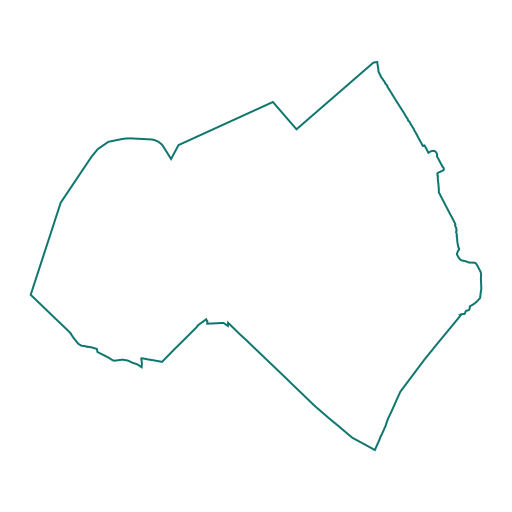 the district of Harderwijk, Gelderland, Netherlands
{"feature_id": "6326949B59221460076915", "entity_name": "Harderwijk", "entity_type": "district", "adm_level": 2, "iso_a3": "NLD", "parent_name": "Netherlands", "parent_adm1": "Gelderland", "projection": "albers", "projection_center": [5.663, 52.34], "detail": "fine", "context": "isolated", "style": "outline", "palette": "teal", "viewbox_px": 512, "rotation_deg": 0, "n_neighbors": 0, "source": "geoboundaries", "source_scale": "gbopen_adm2", "svg_char_len": 5824}
<svg xmlns="http://www.w3.org/2000/svg" viewBox="0 0 512 512"><path d="M30.7,294.8L54.9,318.1L61.1,324.0L67.8,330.4L70.0,332.6L70.9,333.6L71.0,333.8L70.9,334.0L72.4,336.1L73.4,337.7L73.8,338.2L74.7,339.3L77.3,342.6L78.3,343.8L80.9,345.4L81.2,345.6L81.9,345.8L82.3,345.9L82.7,345.9L84.1,346.0L84.5,346.0L85.2,346.2L86.5,346.7L87.0,346.8L87.0,346.7L90.3,347.1L92.0,347.5L96.8,348.9L97.5,352.0L98.3,352.4L99.6,353.1L108.1,357.4L112.8,360.3L114.2,360.7L114.5,360.7L116.7,360.4L117.5,360.3L122.0,359.7L122.5,359.7L127.2,360.4L127.8,360.6L128.9,361.0L132.6,362.8L136.9,364.2L137.8,364.7L141.6,367.2L141.7,365.8L141.9,363.9L141.9,363.5L141.8,362.6L141.3,358.4L141.8,358.3L142.8,358.4L143.3,358.5L143.6,358.6L144.3,358.7L145.0,358.8L145.8,359.0L146.2,359.0L146.6,359.2L147.0,359.2L147.7,359.4L150.6,359.8L151.2,360.0L152.4,360.1L160.8,361.6L162.0,361.9L175.9,347.7L176.6,347.1L185.0,338.8L190.4,333.4L193.6,330.2L196.5,327.3L197.8,325.4L200.7,323.3L206.2,319.3L206.7,320.7L206.9,320.8L207.1,320.9L207.3,321.2L207.2,321.5L207.4,321.7L207.3,322.6L207.2,323.7L216.1,323.3L217.9,323.2L220.9,323.0L223.6,323.0L227.9,325.9L228.1,322.8L239.9,334.3L243.2,337.3L246.3,340.1L248.9,342.7L269.5,362.4L287.4,379.5L290.4,382.5L315.0,406.2L328.7,418.0L331.2,420.1L335.5,423.6L341.8,428.9L343.0,429.9L349.0,435.0L352.4,437.8L371.8,448.3L374.4,449.8L374.9,450.0L376.7,445.9L378.8,441.2L379.8,438.8L380.5,436.7L381.5,435.0L385.5,426.1L385.8,425.2L386.2,423.8L388.0,418.7L388.3,418.1L390.9,412.7L393.8,406.3L396.3,400.6L400.4,391.6L409.8,379.1L416.6,370.0L424.2,359.9L430.9,351.6L431.8,350.6L433.0,349.0L437.5,343.5L439.7,340.8L455.3,321.9L455.6,321.5L457.2,319.6L460.8,315.1L460.2,314.8L461.1,314.4L462.0,314.1L462.7,314.0L464.0,314.1L464.3,314.0L464.8,313.6L465.0,313.3L465.2,312.7L465.4,312.0L465.6,311.5L465.8,311.2L466.1,310.8L466.4,310.6L466.7,310.6L468.0,310.4L468.4,310.3L468.7,310.0L469.2,309.6L469.4,309.2L469.6,308.7L469.7,308.2L469.8,307.3L469.8,306.7L470.0,306.3L470.1,306.1L471.5,305.4L472.4,304.9L473.8,304.0L475.5,302.7L476.5,301.9L479.6,298.5L480.0,298.1L480.2,297.7L480.2,297.4L480.6,293.6L480.7,292.7L481.3,289.2L481.3,287.4L480.9,278.7L480.9,278.1L481.1,275.7L481.1,274.7L480.9,273.4L480.8,272.9L480.8,272.6L480.7,272.1L480.5,271.6L478.9,268.6L477.5,265.8L476.5,264.2L475.9,263.4L475.7,263.2L475.2,262.9L474.8,262.8L474.2,262.8L473.2,262.6L472.4,262.6L470.3,262.6L469.2,262.5L468.6,262.4L468.3,262.3L467.3,261.8L466.9,261.7L465.8,261.4L464.7,261.0L463.5,260.8L462.8,260.6L462.2,260.5L461.6,260.4L461.0,260.2L460.5,259.8L460.1,259.4L458.6,257.5L457.5,255.5L456.9,254.4L456.9,254.2L456.9,253.9L457.9,251.2L458.2,250.6L458.8,250.0L459.0,249.5L459.1,249.1L459.2,248.5L459.0,248.2L458.5,247.8L458.0,245.5L457.7,244.2L457.6,243.3L457.3,241.4L457.1,239.1L457.1,238.4L457.1,238.2L457.0,237.8L456.8,237.1L456.8,236.8L456.7,236.5L456.7,235.6L456.8,235.6L456.8,235.4L456.8,235.1L456.8,234.8L456.8,234.1L456.7,233.8L456.2,232.6L456.1,231.9L456.1,231.6L456.4,231.2L456.5,230.9L456.5,230.7L456.6,230.1L456.6,229.9L456.3,229.6L456.2,229.3L456.2,229.0L456.3,228.5L456.3,228.3L456.2,228.0L455.9,227.5L455.9,227.3L455.4,226.3L455.2,225.7L455.0,225.2L455.1,224.8L455.4,224.3L455.4,224.2L453.9,221.2L451.8,217.2L448.6,211.2L447.5,209.0L445.7,205.7L443.4,201.1L441.7,197.9L440.2,194.9L439.8,194.1L439.0,192.8L439.0,192.6L438.8,192.1L438.8,191.8L438.8,191.5L438.9,190.8L438.8,190.1L438.8,189.1L438.8,188.8L438.5,185.3L438.2,182.2L438.0,181.3L438.0,180.4L437.7,177.8L437.7,177.4L437.7,177.0L437.9,176.5L438.1,176.1L438.0,175.9L437.7,175.6L437.5,175.3L437.5,175.1L437.4,174.8L437.4,174.1L437.4,173.8L437.3,173.6L437.4,173.4L437.7,173.0L437.8,172.9L441.7,171.1L442.7,170.5L443.3,170.2L443.6,170.0L443.8,169.8L443.9,169.5L443.9,169.1L443.7,168.5L443.4,167.5L443.3,167.3L443.2,167.2L442.8,166.9L442.5,166.8L442.4,166.7L442.4,166.4L442.3,166.2L441.5,164.8L441.2,164.2L440.3,162.5L439.0,160.1L438.7,159.5L438.4,158.9L437.4,157.1L436.9,156.4L436.9,156.2L436.9,155.9L437.0,155.6L437.0,155.4L437.1,155.1L437.2,154.8L437.1,154.3L436.9,153.8L436.8,153.5L436.2,152.5L435.8,152.0L435.5,151.7L435.0,151.3L434.5,151.0L434.3,151.0L433.7,150.9L433.0,150.9L431.9,151.1L431.2,151.2L430.5,151.5L429.2,152.3L428.4,152.8L427.5,151.0L426.8,149.6L425.1,146.5L424.5,145.4L424.3,145.4L424.2,145.4L423.6,145.8L423.4,145.9L423.1,146.0L422.9,146.0L422.8,145.9L421.9,144.2L421.2,142.8L418.2,137.5L417.5,136.2L417.3,135.5L417.1,135.0L416.1,133.5L415.8,133.0L415.6,132.5L415.3,132.0L414.6,130.9L414.4,130.5L414.1,129.8L414.0,129.3L413.9,129.1L412.6,127.2L412.4,126.9L411.9,125.9L411.3,125.2L410.8,124.2L410.5,123.8L410.3,123.4L410.0,122.6L409.8,122.3L409.5,121.7L409.1,121.4L408.9,121.1L408.7,121.1L408.2,120.7L408.0,120.2L407.8,119.3L407.7,119.1L407.6,118.8L407.0,118.0L406.5,117.4L406.3,117.0L406.1,116.7L406.0,116.4L405.9,116.2L405.3,115.4L404.5,113.9L403.5,112.2L403.2,111.8L401.9,109.8L401.4,109.0L398.9,105.1L398.3,104.1L397.5,102.9L395.5,99.7L394.3,97.8L393.4,96.2L392.6,95.1L392.0,94.0L391.7,93.5L389.0,89.2L388.8,88.8L388.6,88.4L388.2,88.0L387.6,87.1L387.4,86.8L387.4,86.6L387.3,86.0L387.3,85.8L387.1,85.5L387.0,85.3L386.5,84.8L385.9,84.1L385.7,83.9L385.2,83.3L385.1,83.0L384.8,82.1L384.6,81.8L384.4,81.5L383.8,80.8L383.0,79.7L382.7,79.2L382.5,78.8L382.3,78.5L381.8,78.0L381.3,77.4L381.0,76.9L380.8,76.5L380.6,76.1L380.5,75.3L380.3,75.0L379.9,74.6L379.6,74.0L379.4,73.2L378.8,72.3L378.4,71.2L378.4,70.4L378.3,69.4L378.3,68.5L378.3,68.4L378.3,68.2L378.2,68.1L378.1,67.9L377.6,64.7L377.2,62.0L373.4,62.6L296.5,129.3L272.9,102.0L178.5,145.1L171.1,159.0L163.2,146.4L162.6,145.5L161.8,144.6L161.1,143.9L160.3,143.2L159.4,142.5L158.2,141.7L156.4,140.8L154.8,140.2L153.6,139.8L152.2,139.6L150.7,139.4L131.2,138.4L129.2,138.4L126.3,138.5L125.0,138.6L121.6,139.1L118.8,139.7L108.4,141.8L97.8,149.1L91.6,156.6L60.7,202.7L30.7,294.8Z" fill="none" stroke="#0f766e" stroke-width="2"/></svg>